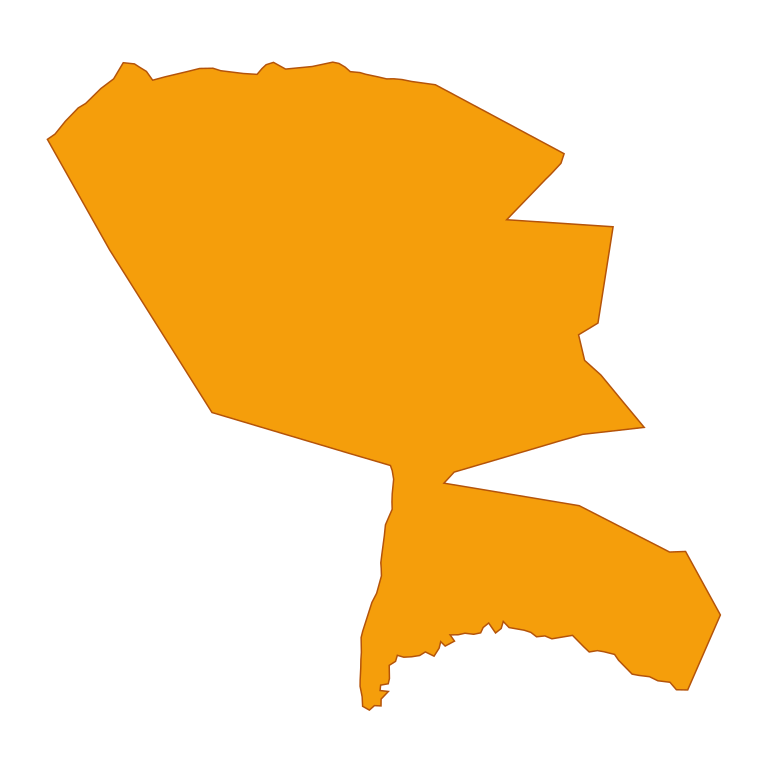 outline of São Lourenço do Piauí, Piauí, Brazil, rotated 89°
{"feature_id": "56859067B94074134644551", "entity_name": "São Lourenço do Piauí", "entity_type": "district", "adm_level": 2, "iso_a3": "BRA", "parent_name": "Brazil", "parent_adm1": "Piauí", "projection": "natural_earth1", "projection_center": [-42.478, -9.175], "detail": "fine", "context": "isolated", "style": "filled", "palette": "amber", "viewbox_px": 768, "rotation_deg": 89, "n_neighbors": 0, "source": "geoboundaries", "source_scale": "gbopen_adm2", "svg_char_len": 1812}
<svg xmlns="http://www.w3.org/2000/svg" viewBox="0 0 768 768"><g transform="rotate(89 384 384)"><path d="M695.2,85.7L620.8,51.7L556.7,85.4L557.0,101.4L509.1,190.9L495.7,263.4L484.2,325.8L473.3,315.4L459.0,263.4L444.5,211.1L437.8,186.2L431.9,124.6L405.2,146.0L378.9,166.9L363.9,183.0L338.2,188.6L326.8,169.0L230.8,152.2L221.9,258.5L182.1,218.8L177.5,213.9L166.4,203.2L156.9,199.9L121.4,263.4L85.7,327.4L82.0,351.1L79.9,360.7L79.0,369.0L79.0,376.0L76.8,384.7L74.0,396.9L72.2,402.6L71.1,412.3L66.5,417.3L62.7,423.4L61.3,429.6L65.3,450.2L67.4,476.9L60.5,488.9L62.7,496.3L66.5,500.5L72.2,505.5L71.1,519.2L67.9,541.8L65.3,549.5L65.3,562.8L68.2,575.4L73.1,597.7L76.2,610.0L67.3,616.1L62.9,623.0L59.6,627.9L58.2,639.1L74.2,649.0L78.8,655.3L83.6,661.9L98.3,677.4L102.6,684.9L115.7,698.0L128.4,708.6L133.5,716.3L245.1,656.0L409.5,556.5L452.8,419.9L465.6,379.0L470.7,377.3L479.4,376.0L493.9,377.7L502.0,378.1L509.4,378.0L516.6,381.3L524.8,385.0L535.6,386.3L553.5,389.0L562.7,390.3L568.4,390.0L575.8,389.9L593.1,395.0L602.2,399.9L630.8,409.6L637.1,411.3L652.0,411.3L659.2,411.9L667.5,412.2L673.5,412.6L679.5,413.0L685.8,413.2L696.4,411.3L705.9,411.0L709.8,404.3L705.4,399.2L705.8,392.6L699.0,392.4L691.5,385.0L690.4,393.3L685.0,392.6L683.8,385.0L678.6,383.7L665.4,383.7L661.5,377.3L655.5,375.4L657.5,369.0L657.2,361.0L656.1,353.1L652.6,347.3L657.0,338.7L649.1,333.5L642.6,331.8L647.1,327.4L642.3,318.0L636.0,322.3L636.0,314.1L634.6,307.4L635.8,298.7L634.5,291.7L629.2,289.1L624.8,283.5L634.9,276.8L630.5,271.1L623.5,268.9L629.7,263.2L632.6,248.2L634.9,241.5L639.4,235.9L638.7,227.5L641.7,220.6L638.6,199.9L650.3,188.8L655.5,183.5L654.3,175.3L655.5,168.9L658.4,158.2L664.3,154.3L678.4,141.0L679.8,134.3L681.3,123.6L685.5,115.4L687.2,103.3L694.8,97.0L695.2,85.7Z" fill="#f59e0b" stroke="#b45309" stroke-width="1.5"/></g></svg>